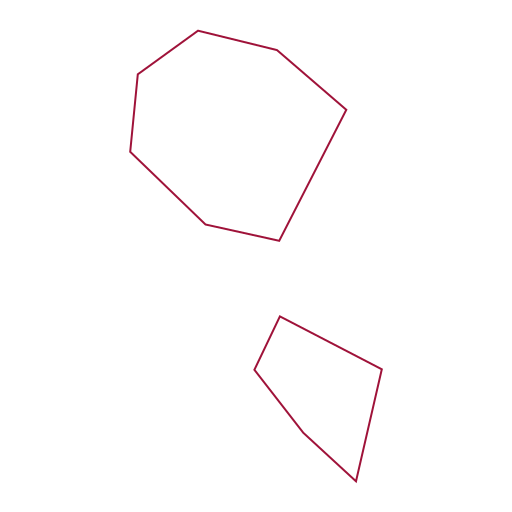 the border of Planken
{"feature_id": "LIE-4901", "entity_name": "Planken", "entity_type": "state/province", "adm_level": 1, "iso_a3": "LIE", "parent_name": "Liechtenstein", "parent_adm1": "", "projection": "equal_earth", "projection_center": [9.551, 47.174], "detail": "fine", "context": "isolated", "style": "outline", "palette": "rose", "viewbox_px": 512, "rotation_deg": 0, "n_neighbors": 0, "source": "natural_earth", "source_scale": "10m", "svg_char_len": 293}
<svg xmlns="http://www.w3.org/2000/svg" viewBox="0 0 512 512"><path d="M346.3,109.8L279.2,240.8L205.5,224.5L130.2,151.8L137.8,74.3L198.0,30.7L277.0,50.1L346.3,109.8ZM279.9,316.4L381.8,369.3L356.0,481.3L303.3,432.8L254.4,369.8L279.9,316.4Z" fill="none" stroke="#9f1239" stroke-width="2"/></svg>